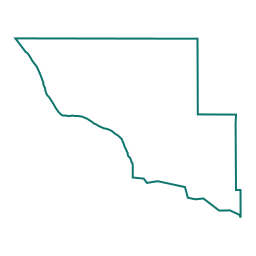 outline of Big Stone, Minnesota, United States of America
{"feature_id": "52423323B63944458530460", "entity_name": "Big Stone", "entity_type": "district", "adm_level": 2, "iso_a3": "USA", "parent_name": "United States of America", "parent_adm1": "Minnesota", "projection": "albers", "projection_center": [-96.519, 45.381], "detail": "fine", "context": "isolated", "style": "outline", "palette": "teal", "viewbox_px": 256, "rotation_deg": 0, "n_neighbors": 0, "source": "geoboundaries", "source_scale": "gbopen_adm2", "svg_char_len": 971}
<svg xmlns="http://www.w3.org/2000/svg" viewBox="0 0 256 256"><path d="M193.9,38.7L15.4,38.4L25.6,51.9L26.5,52.4L28.1,53.9L30.8,58.1L32.0,60.4L36.8,66.8L38.2,69.7L40.6,75.3L42.8,81.2L43.4,83.0L43.4,84.7L43.7,85.5L45.0,87.8L45.4,90.8L46.7,94.3L47.1,95.0L49.3,97.5L53.4,103.9L56.1,108.6L59.0,112.5L61.7,115.0L62.7,115.5L64.3,115.6L65.8,115.5L68.3,116.1L72.7,115.6L75.0,116.0L77.9,116.0L82.0,116.6L87.1,118.7L92.1,122.0L94.0,123.5L96.3,124.5L99.1,126.2L104.1,128.4L106.0,128.7L108.7,129.5L111.5,130.8L115.7,134.2L117.6,135.2L121.6,138.9L123.6,143.6L124.6,146.6L127.3,152.3L127.7,153.0L127.8,154.9L128.1,155.8L128.5,156.4L130.0,157.8L131.2,160.6L131.5,162.3L132.4,163.2L132.7,164.7L132.8,170.8L132.7,177.5L143.7,178.6L146.9,182.9L157.7,181.2L185.0,187.1L187.8,197.7L195.2,199.3L203.4,198.5L219.2,210.6L229.9,210.4L239.4,214.8L240.6,217.6L240.5,190.0L236.0,190.0L235.6,123.5L236.0,114.6L197.8,114.4L197.5,38.7L193.9,38.7Z" fill="none" stroke="#0f766e" stroke-width="2"/></svg>